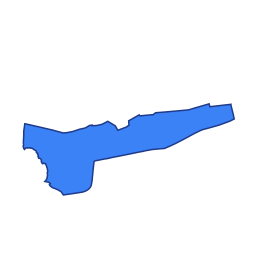 outline of Piltene, Ventspils, Latvia, rotated 338°
{"feature_id": "27541924B10340241308043", "entity_name": "Piltene", "entity_type": "district", "adm_level": 2, "iso_a3": "LVA", "parent_name": "Latvia", "parent_adm1": "Ventspils", "projection": "orthographic", "projection_center": [21.685, 57.226], "detail": "fine", "context": "isolated", "style": "filled", "palette": "blue", "viewbox_px": 256, "rotation_deg": 338, "n_neighbors": 0, "source": "geoboundaries", "source_scale": "gbopen_adm2", "svg_char_len": 3081}
<svg xmlns="http://www.w3.org/2000/svg" viewBox="0 0 256 256"><g transform="rotate(338 128 128)"><path d="M160.8,160.5L162.0,160.4L165.5,160.2L168.2,160.0L173.3,159.5L174.6,159.4L177.2,159.1L179.2,158.9L181.7,158.6L186.9,158.0L191.0,157.7L193.8,157.5L195.5,157.5L196.5,157.5L198.0,157.6L200.5,158.0L205.9,158.6L211.4,159.2L213.2,159.4L224.1,159.8L225.2,159.8L225.6,159.8L229.9,159.4L230.0,158.5L230.6,155.2L232.1,144.9L232.3,144.6L211.8,138.9L212.3,136.0L190.6,133.8L167.2,126.7L159.4,124.2L157.4,124.7L156.3,125.1L155.3,124.7L143.6,121.2L143.3,120.0L142.9,120.1L142.7,120.1L136.4,120.9L131.3,121.6L130.4,124.3L129.9,125.9L127.6,126.2L127.2,126.5L117.8,126.3L117.7,126.3L117.4,123.8L117.0,121.2L111.9,114.4L111.7,114.2L109.0,114.5L105.3,114.8L105.1,114.8L100.6,114.1L96.4,112.8L96.0,112.5L95.5,112.3L95.8,111.9L93.7,111.3L93.3,111.2L89.0,111.9L87.9,111.9L82.8,111.0L75.9,110.6L69.9,109.5L66.2,108.4L63.9,106.7L58.1,102.3L57.8,102.0L57.4,101.7L57.1,101.5L54.9,100.0L52.2,98.1L51.8,97.8L49.5,96.2L47.4,94.7L34.6,85.8L33.9,85.4L33.7,85.8L30.5,91.3L30.2,91.7L29.2,94.2L28.3,96.4L26.9,99.3L25.3,102.8L25.1,103.8L24.8,104.6L24.7,104.8L24.2,105.4L23.9,105.8L23.8,106.2L23.9,106.7L23.8,106.9L23.7,108.3L23.9,109.0L24.1,109.2L24.3,109.0L24.7,108.6L24.9,108.4L25.1,108.4L25.7,108.4L26.1,108.4L26.9,108.4L27.1,108.7L27.2,108.9L27.4,109.0L27.7,109.1L27.9,109.0L28.2,109.0L28.7,109.1L29.2,109.4L29.5,109.5L29.7,110.0L30.6,110.4L30.8,110.4L31.0,110.5L31.3,110.7L31.7,111.1L32.1,111.7L32.4,112.3L32.7,112.7L32.9,113.2L33.3,113.5L33.5,113.8L33.8,114.1L34.1,114.6L34.2,114.9L34.2,115.1L34.3,115.2L34.1,115.7L33.9,116.0L33.9,116.3L34.1,116.8L34.4,117.2L34.5,117.3L34.5,117.6L34.6,117.8L34.8,117.8L34.8,118.0L34.6,118.1L34.2,118.7L34.6,119.8L34.4,120.0L34.3,120.7L33.9,120.9L34.1,121.4L33.8,121.9L33.8,122.6L34.2,122.8L34.9,123.2L35.2,123.5L35.7,124.6L35.7,124.9L35.7,125.3L35.1,126.3L35.0,127.0L35.2,127.4L35.1,128.4L35.4,129.1L35.5,129.1L36.2,128.9L36.7,129.1L36.9,129.6L37.9,129.8L38.1,130.0L38.2,130.8L38.1,131.5L38.2,132.3L38.1,133.5L38.0,134.0L38.1,134.5L37.7,136.7L37.5,137.3L37.5,137.9L36.8,138.8L36.3,139.2L36.2,139.6L36.1,140.5L35.7,141.7L35.4,142.0L35.0,142.5L34.7,143.2L34.4,143.7L34.3,144.3L34.0,144.6L33.3,144.8L32.9,145.1L32.6,145.7L32.2,145.9L31.5,146.2L31.0,146.3L30.8,146.4L32.5,147.5L33.9,148.4L35.2,150.3L34.7,150.7L34.4,150.8L34.2,150.8L33.9,151.0L34.0,151.4L34.1,152.3L34.5,153.2L34.8,153.2L34.9,153.8L35.1,154.2L35.5,154.8L36.7,156.0L38.3,157.5L39.7,158.9L41.9,161.7L42.1,162.0L42.8,165.0L43.0,165.9L47.7,167.0L49.1,167.4L57.1,169.3L61.8,170.4L64.7,170.6L67.2,170.3L68.5,170.0L70.6,169.0L71.2,168.6L72.4,167.4L73.6,165.6L74.0,164.9L75.3,162.8L75.9,161.6L77.0,159.4L77.7,158.1L78.2,157.2L78.9,155.8L79.0,155.6L79.1,155.4L83.4,147.4L83.9,146.5L84.5,146.3L84.9,146.1L85.5,146.2L96.5,148.3L96.6,148.5L100.0,149.0L104.1,149.7L107.4,150.4L118.0,152.4L118.6,152.5L122.9,153.3L126.3,153.9L130.5,154.7L132.3,155.1L132.7,155.2L135.0,155.5L137.0,155.9L139.4,156.4L141.9,156.9L145.7,158.0L145.8,158.0L154.0,160.6L160.8,160.5Z" fill="#3b82f6" stroke="#1e3a8a" stroke-width="1.5"/></g></svg>